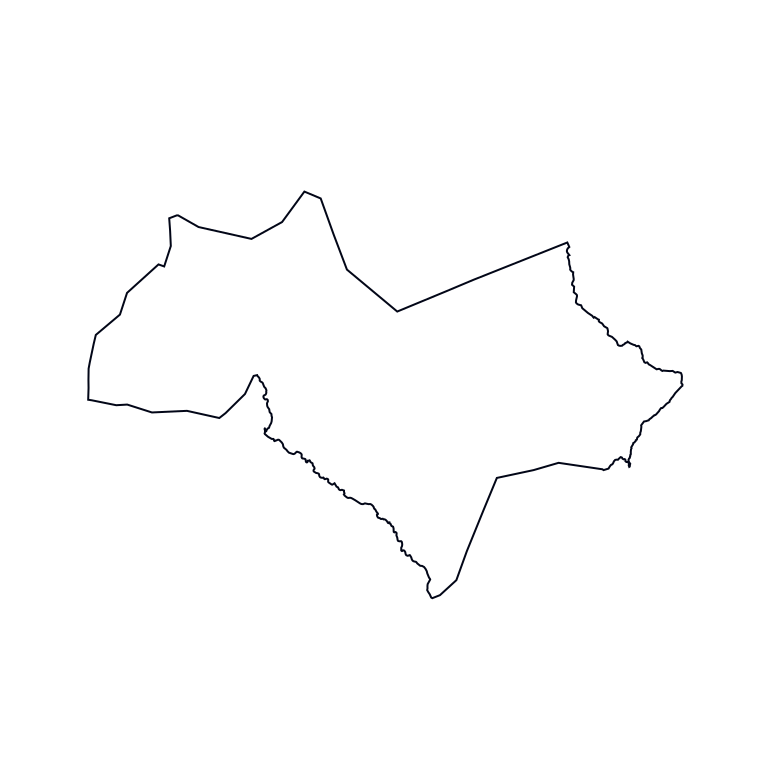 Selenge, Bulgan, Mongolia, rotated 74°
{"feature_id": "93677404B49606497696804", "entity_name": "Selenge", "entity_type": "district", "adm_level": 2, "iso_a3": "MNG", "parent_name": "Mongolia", "parent_adm1": "Bulgan", "projection": "robinson", "projection_center": [104.347, 49.708], "detail": "fine", "context": "isolated", "style": "outline", "palette": "ink", "viewbox_px": 768, "rotation_deg": 74, "n_neighbors": 0, "source": "geoboundaries", "source_scale": "gbopen_adm2", "svg_char_len": 6155}
<svg xmlns="http://www.w3.org/2000/svg" viewBox="0 0 768 768"><g transform="rotate(74 384 384)"><path d="M603.2,396.6L602.4,388.4L592.5,368.5L567.6,350.5L532.3,322.8L505.4,301.4L508.0,263.9L507.9,237.9L526.2,197.5L527.3,196.7L527.2,191.5L525.4,189.6L524.4,188.2L524.1,186.6L523.3,185.6L521.7,184.3L520.7,182.7L520.8,181.4L521.3,180.0L520.8,179.3L519.5,176.7L519.9,176.0L520.4,175.5L521.3,175.4L522.0,174.9L522.5,174.3L522.5,173.4L523.1,172.9L523.9,172.9L524.8,173.2L525.8,172.5L526.1,171.5L527.2,170.5L528.1,170.5L529.8,171.2L531.3,171.1L531.2,170.7L530.5,170.2L529.6,170.0L528.6,169.3L526.5,170.0L524.5,170.0L523.1,168.9L522.7,168.0L521.4,167.5L521.0,167.0L520.2,166.9L519.5,166.1L517.3,165.5L515.0,164.6L513.9,163.7L513.0,163.8L510.6,161.2L509.5,160.7L509.2,159.4L508.6,158.6L508.0,157.6L507.4,157.4L507.1,156.2L505.6,155.5L505.1,155.0L504.5,153.5L503.1,151.6L501.5,151.1L500.1,150.1L496.1,148.4L494.6,148.2L491.7,144.4L492.0,141.7L491.8,140.9L491.9,139.6L491.0,138.5L490.4,136.6L489.2,134.3L489.0,133.5L488.5,132.8L488.6,131.9L488.3,130.9L485.9,127.1L484.6,125.8L483.5,124.2L483.8,123.0L482.9,121.2L480.9,117.9L479.9,114.5L478.5,113.7L477.3,112.0L476.6,111.3L476.0,110.1L473.0,106.5L468.3,98.6L468.0,97.7L466.7,97.2L465.3,97.9L463.6,97.5L462.4,96.7L458.7,95.5L456.8,95.3L455.2,95.6L453.4,98.5L453.3,100.9L451.0,102.9L450.4,105.7L448.1,111.8L448.2,112.8L447.4,113.6L447.0,113.8L445.5,114.9L445.2,115.6L445.0,117.9L439.0,123.1L438.1,124.1L436.8,124.5L435.7,125.1L435.8,126.7L434.9,127.7L431.6,128.1L430.2,128.6L429.7,128.0L427.8,127.5L425.6,127.7L421.8,127.2L419.8,128.1L418.2,128.2L417.5,128.8L417.3,131.0L415.7,132.1L415.2,133.2L412.8,136.1L410.4,138.2L411.1,139.1L411.1,140.7L411.9,141.8L412.3,143.7L412.8,144.4L412.6,146.0L412.0,147.4L411.0,148.4L407.2,148.6L405.2,149.6L401.5,151.9L399.7,154.2L399.0,154.9L398.2,155.2L397.8,155.3L395.0,154.1L392.2,153.9L391.8,154.0L389.2,156.5L386.0,157.6L383.8,159.8L382.7,160.2L381.4,159.7L380.8,160.5L377.7,163.1L378.1,164.1L377.3,164.5L375.9,165.0L371.9,168.4L365.8,172.5L362.7,172.8L361.1,175.5L359.6,176.7L358.4,177.0L356.5,176.3L352.9,174.3L352.1,174.1L351.5,174.1L350.7,174.5L348.1,176.3L342.8,174.4L340.4,175.9L338.5,175.1L336.5,173.1L335.4,172.7L330.9,172.1L328.7,171.3L328.2,172.0L326.5,173.1L325.4,173.5L324.4,173.1L323.3,172.9L320.0,172.9L317.1,172.2L314.9,172.1L312.8,172.5L312.0,172.0L311.3,171.2L311.2,170.3L308.1,171.6L306.6,171.6L305.3,170.9L304.3,170.0L303.4,168.1L298.5,168.8L308.5,269.2L312.0,298.6L318.0,351.3L263.8,388.1L226.5,391.2L188.2,393.7L177.1,407.5L200.2,437.3L208.0,471.4L182.0,519.0L165.2,535.4L164.8,536.8L165.5,544.8L177.9,547.4L192.6,550.9L210.4,562.9L206.9,567.8L225.6,605.9L244.5,618.7L257.4,647.5L265.4,652.0L282.4,661.0L287.8,663.7L298.7,667.0L306.4,669.1L317.6,672.7L319.1,669.4L330.6,647.2L333.0,636.5L347.4,614.9L355.5,580.8L371.3,551.7L368.3,544.3L355.3,520.4L340.3,507.1L340.5,503.5L341.4,503.4L343.3,502.4L344.5,502.1L345.1,502.1L346.2,502.5L346.6,502.5L347.7,501.9L348.6,500.9L349.6,500.3L353.1,500.0L354.0,499.8L355.4,499.0L357.0,498.8L357.8,498.8L359.0,499.4L359.9,499.5L360.9,500.1L361.6,500.9L362.0,502.8L362.4,503.1L362.9,503.4L363.8,503.5L364.5,503.4L365.9,502.7L366.2,502.2L366.3,500.8L367.2,500.2L368.5,500.3L370.3,501.8L372.2,502.2L373.3,502.3L374.4,502.1L376.6,501.3L378.9,501.6L379.7,501.6L381.8,500.5L383.9,500.9L385.1,500.8L388.9,502.3L390.5,503.3L392.6,505.4L394.4,506.6L394.7,508.0L395.9,509.5L396.9,510.2L397.0,510.6L396.8,510.8L395.0,510.5L394.4,510.6L393.9,510.8L394.0,511.0L394.4,511.2L395.8,511.2L396.6,511.4L397.9,511.9L398.6,512.4L399.3,512.3L402.8,510.0L405.4,507.5L405.9,507.0L406.3,505.5L406.9,505.2L407.8,505.3L408.4,505.2L408.7,505.0L408.7,504.4L408.4,504.1L408.6,503.0L408.3,501.6L408.6,500.5L409.0,500.1L412.0,498.4L413.6,497.9L414.1,497.8L416.2,498.0L417.6,497.8L420.4,495.9L422.0,495.3L423.8,494.3L426.1,491.0L426.5,490.1L426.3,488.9L425.3,487.1L425.1,486.3L426.5,484.2L427.6,483.2L428.5,482.7L429.3,482.6L431.5,483.4L432.7,483.2L433.1,482.9L433.5,481.9L434.2,480.7L434.6,480.3L435.1,480.2L437.0,480.5L437.7,480.3L438.0,480.0L438.1,479.6L438.0,479.2L436.8,478.4L437.0,477.8L436.8,476.7L437.1,476.4L437.8,476.4L438.9,476.1L440.5,474.6L441.2,474.6L442.1,474.8L443.1,474.7L444.7,474.0L446.0,474.0L446.5,474.3L446.9,475.0L447.5,475.5L448.3,475.7L448.9,475.5L450.8,473.8L451.4,472.5L452.2,471.5L452.9,471.3L454.1,471.5L454.6,471.5L455.8,471.2L456.4,470.7L457.2,469.2L457.2,468.1L457.7,467.8L458.7,467.6L459.1,467.3L459.2,466.9L459.2,465.1L459.9,464.2L460.7,464.0L462.0,464.5L462.8,464.6L463.3,464.4L466.1,462.1L466.4,461.7L466.5,461.3L465.8,458.9L469.6,457.9L470.7,456.7L472.7,456.4L473.4,456.0L473.9,455.4L474.1,454.8L474.1,453.6L475.4,451.8L476.7,452.2L478.2,452.1L478.7,452.4L479.0,453.0L479.4,452.9L480.3,452.7L482.7,451.0L483.4,450.3L483.7,449.7L484.0,447.9L484.5,447.0L485.3,446.1L487.8,443.7L492.1,440.0L493.1,438.9L493.7,437.3L493.5,435.2L495.2,432.0L495.6,430.3L495.9,429.9L496.6,429.2L498.3,428.2L499.6,427.8L500.2,427.9L501.5,427.6L502.1,427.0L504.6,426.5L506.8,425.6L507.2,425.6L507.4,425.8L507.4,426.5L507.8,426.9L509.2,427.0L510.4,426.7L511.0,426.4L511.7,425.1L512.7,424.4L513.0,423.9L513.2,422.3L514.0,421.8L514.2,420.8L514.7,420.2L515.6,419.5L516.8,419.0L517.4,418.5L518.0,418.7L518.7,418.4L519.0,417.9L518.7,416.9L519.7,416.9L520.1,416.3L522.3,416.0L522.8,415.7L523.0,415.3L523.7,414.6L525.4,414.6L528.7,415.4L529.2,415.2L529.5,414.9L529.4,414.0L529.6,413.6L530.4,413.1L530.8,413.0L531.2,413.1L533.0,413.8L535.4,413.6L537.5,413.9L538.5,413.8L538.9,413.5L539.4,412.6L539.7,411.8L539.7,411.2L539.9,410.8L540.2,410.6L540.8,410.4L542.1,410.5L543.6,410.8L545.0,411.5L546.0,412.5L548.7,413.3L549.2,413.1L549.5,412.8L549.5,412.3L549.1,411.6L549.2,411.3L549.8,410.4L551.4,409.9L553.3,410.1L554.1,410.0L554.8,409.7L555.6,408.7L555.7,407.8L555.5,406.7L555.8,406.2L556.7,406.0L558.1,405.6L560.0,405.6L561.4,405.3L562.2,404.8L562.8,404.1L563.7,402.4L564.2,402.0L565.6,401.5L568.7,399.3L569.4,397.5L571.0,395.9L573.3,395.0L575.8,394.5L578.0,394.6L582.4,394.1L584.2,393.5L584.7,393.5L588.4,397.2L590.1,397.9L592.4,398.5L594.0,399.3L596.3,398.8L598.7,398.0L602.2,397.5L603.2,396.6Z" fill="none" stroke="#020617" stroke-width="2"/></g></svg>